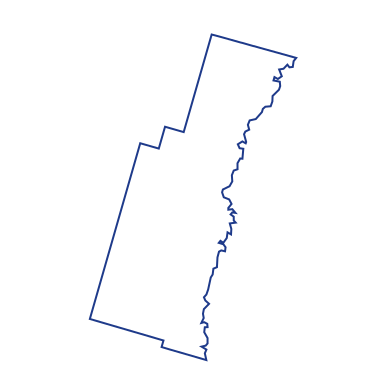 Roosevelt, Montana, United States of America (Natural Earth projection), rotated 286°
{"feature_id": "52423323B47296915924454", "entity_name": "Roosevelt", "entity_type": "district", "adm_level": 2, "iso_a3": "USA", "parent_name": "United States of America", "parent_adm1": "Montana", "projection": "natural_earth1", "projection_center": [-104.865, 48.28], "detail": "fine", "context": "isolated", "style": "outline", "palette": "blue", "viewbox_px": 384, "rotation_deg": 286, "n_neighbors": 0, "source": "geoboundaries", "source_scale": "gbopen_adm2", "svg_char_len": 1521}
<svg xmlns="http://www.w3.org/2000/svg" viewBox="0 0 384 384"><g transform="rotate(286 192 192)"><path d="M34.4,252.1L40.5,248.8L44.5,249.3L46.0,243.8L48.1,247.5L50.7,248.7L55.9,247.2L60.6,242.4L65.5,241.6L66.4,244.2L69.5,243.0L70.2,239.6L68.7,237.1L74.1,238.0L78.0,236.1L82.7,235.7L89.2,239.2L91.4,234.7L94.1,232.5L97.4,234.1L102.8,234.4L115.0,233.6L118.4,234.6L124.2,233.7L126.6,236.7L136.2,234.5L142.1,234.4L143.9,236.2L144.1,240.1L148.1,239.5L150.4,236.6L150.5,231.8L152.9,232.8L151.8,236.1L157.3,238.1L163.0,237.3L162.0,241.2L167.3,240.0L172.2,237.0L174.6,242.4L176.1,240.0L179.8,238.9L181.1,235.3L183.5,236.4L183.9,239.5L186.6,235.5L185.0,231.8L186.7,231.3L191.4,233.3L195.1,229.8L195.7,224.0L200.0,221.0L202.9,221.0L207.9,226.5L213.3,227.8L219.1,225.7L224.1,226.2L226.4,229.5L232.2,227.8L237.5,229.1L237.9,231.3L247.7,229.4L247.2,225.7L250.5,222.9L254.5,226.5L253.6,230.2L255.0,230.3L261.9,226.1L264.8,226.6L267.7,229.8L272.0,227.2L276.7,227.7L279.7,233.2L288.1,237.2L291.4,237.2L294.2,239.0L296.1,244.0L301.2,244.3L306.5,243.0L314.3,247.4L318.1,247.6L322.2,246.0L321.7,239.6L325.2,239.6L324.3,243.4L328.0,246.4L333.8,242.0L335.7,246.0L340.7,248.6L338.7,251.3L340.0,254.4L345.8,253.6L349.6,255.2L349.3,217.7L349.3,215.0L349.3,211.4L349.2,211.1L349.2,200.5L349.2,199.8L349.2,199.4L349.1,197.5L349.1,197.1L349.0,178.0L348.9,170.9L348.8,167.5L247.3,167.5L247.3,148.1L224.6,148.1L224.6,128.8L186.9,128.8L41.8,128.8L41.4,205.5L34.6,205.5L34.5,213.6L34.4,252.1Z" fill="none" stroke="#1e3a8a" stroke-width="2"/></g></svg>